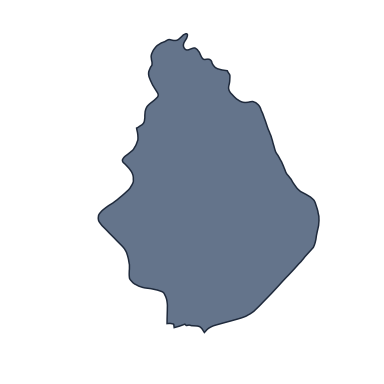 Thuy Nguyen, Hải Phòng, Vietnam (Natural Earth projection), rotated 45°
{"feature_id": "81297802B48433290328639", "entity_name": "Thuy Nguyen", "entity_type": "district", "adm_level": 2, "iso_a3": "VNM", "parent_name": "Vietnam", "parent_adm1": "Hải Phòng", "projection": "natural_earth1", "projection_center": [106.641, 20.943], "detail": "fine", "context": "isolated", "style": "filled", "palette": "slate", "viewbox_px": 384, "rotation_deg": 45, "n_neighbors": 0, "source": "geoboundaries", "source_scale": "gbopen_adm2", "svg_char_len": 5856}
<svg xmlns="http://www.w3.org/2000/svg" viewBox="0 0 384 384"><g transform="rotate(45 192 192)"><path d="M142.1,264.1L141.7,267.4L141.6,269.3L141.7,270.6L141.8,272.0L142.0,273.2L142.4,274.5L143.3,275.7L144.2,276.8L145.2,277.6L145.6,277.9L146.5,278.4L147.9,278.8L149.8,279.1L152.2,279.4L155.4,279.4L158.8,279.4L162.2,279.5L165.2,279.5L169.2,279.5L173.4,279.6L177.8,279.6L180.2,279.6L182.5,279.7L184.4,279.9L187.4,280.7L188.8,281.2L189.9,281.8L191.3,282.5L192.5,283.2L193.2,283.6L194.5,284.4L197.9,286.8L199.2,287.7L202.3,290.8L203.2,291.9L203.5,292.2L205.1,293.9L206.2,295.0L207.2,295.9L208.3,296.8L208.8,297.2L209.6,297.5L210.8,297.7L212.2,297.8L214.5,297.9L216.5,297.6L217.9,297.1L220.9,296.2L224.5,294.4L226.4,293.2L231.3,289.4L236.9,285.8L239.9,284.3L241.7,283.5L243.2,283.3L244.2,283.5L247.4,284.6L249.5,285.6L251.1,286.6L253.2,288.2L254.7,289.5L258.2,293.1L263.7,298.9L267.4,302.7L268.7,301.2L269.7,300.2L271.6,298.9L272.4,298.5L272.7,298.5L275.3,300.5L278.0,295.7L280.4,290.5L281.6,290.5L282.4,290.4L282.9,289.8L283.6,288.7L284.6,287.7L286.0,287.0L287.7,285.5L288.8,284.5L290.8,282.8L292.6,281.8L294.3,281.6L296.1,281.7L300.1,282.6L300.0,280.3L299.9,278.7L300.0,277.4L300.2,276.2L300.5,275.0L301.1,273.1L301.7,271.6L302.3,270.4L303.4,268.4L307.7,260.8L310.3,256.3L314.4,249.0L316.0,246.0L317.4,243.0L318.1,241.3L318.6,239.3L319.3,237.0L319.5,235.9L319.9,233.8L320.1,232.3L320.1,230.8L320.2,224.9L320.1,219.9L320.0,212.6L319.9,207.4L319.7,202.1L319.5,196.8L319.2,191.2L319.1,188.3L319.0,185.0L319.0,183.1L318.7,173.9L318.3,167.5L318.3,165.7L318.3,164.0L318.1,162.4L318.0,160.8L317.6,157.9L317.5,155.9L317.3,151.4L317.2,148.9L317.1,147.5L317.0,145.4L316.0,142.9L314.8,140.6L313.1,137.9L310.7,134.7L308.6,131.5L305.3,126.3L302.0,122.4L298.8,119.4L295.8,117.5L294.6,116.6L292.5,115.4L287.0,112.6L285.8,112.1L284.1,111.6L282.0,111.6L279.3,111.8L274.5,113.0L271.6,113.9L268.4,114.9L265.3,115.1L263.6,115.1L259.8,114.5L256.5,113.9L253.0,112.9L250.0,112.6L249.7,112.5L248.5,112.4L246.6,112.3L244.3,111.7L243.5,111.3L241.3,110.3L240.0,109.8L238.7,109.2L236.7,108.4L235.4,107.9L234.2,107.4L233.1,107.1L231.5,106.7L229.6,106.1L227.8,105.6L227.1,105.4L226.0,105.2L224.7,105.0L223.5,104.7L222.6,104.4L222.0,104.1L220.8,103.5L219.7,102.9L217.6,101.7L216.3,101.0L214.3,99.9L212.5,98.8L210.4,97.7L208.6,96.7L207.0,96.0L205.9,95.6L204.2,94.8L202.9,94.3L201.4,93.7L199.5,92.8L198.3,92.2L195.9,91.0L193.5,89.8L192.2,89.2L190.8,88.6L189.0,87.7L186.4,86.5L184.5,85.8L182.9,85.2L181.8,84.6L180.8,84.2L179.6,83.8L178.4,83.6L177.5,83.5L176.7,83.5L175.5,83.6L174.2,83.7L173.3,84.0L172.7,84.3L171.7,84.7L171.1,85.0L170.6,85.4L170.0,86.2L169.2,87.3L168.6,88.3L167.7,89.5L166.5,90.9L165.5,91.8L164.7,92.4L163.5,93.1L162.0,93.7L160.6,94.1L159.0,94.4L157.8,94.7L155.4,94.8L153.8,94.8L151.4,94.7L150.7,94.7L149.8,94.7L148.7,94.6L147.2,94.2L146.5,94.0L146.0,93.7L144.8,93.0L144.3,92.6L143.9,92.1L143.2,91.3L142.5,90.2L141.7,88.9L140.8,87.6L139.8,86.4L137.6,84.0L136.7,83.1L136.2,82.7L135.6,82.4L135.1,82.2L134.2,82.2L133.7,82.0L133.2,81.9L132.7,81.8L132.1,81.6L131.2,81.3L128.4,83.4L126.9,84.5L125.0,85.6L122.7,86.9L121.7,87.1L120.8,87.5L120.2,87.5L119.2,87.5L118.1,87.4L116.8,87.2L115.7,86.9L114.7,86.5L113.7,85.9L112.6,85.6L111.7,85.6L110.7,85.8L109.4,86.7L108.6,87.6L107.8,88.7L106.9,89.7L106.1,90.1L104.5,90.1L103.1,89.8L101.7,89.3L100.6,88.9L100.2,88.8L100.0,88.7L99.7,88.5L99.3,88.4L98.2,88.0L97.0,87.9L95.1,87.6L94.2,87.7L93.6,87.8L92.9,87.9L92.3,88.1L91.8,88.5L91.2,89.3L90.7,90.2L89.9,91.9L88.9,94.1L88.6,94.5L88.1,95.0L87.6,95.5L87.0,95.7L86.3,95.9L86.0,95.9L85.6,95.8L85.1,95.8L84.7,95.7L84.2,95.6L83.9,95.5L83.5,95.3L83.1,95.1L82.7,94.8L82.3,94.5L81.9,94.0L81.6,93.7L81.4,93.3L81.1,92.8L80.8,92.2L80.6,91.8L80.5,91.2L80.3,90.6L80.1,89.6L79.9,88.8L79.7,88.0L79.6,87.5L79.4,86.9L79.2,86.5L78.9,85.9L78.6,85.3L78.3,84.9L78.0,84.5L77.8,84.2L77.4,83.9L77.0,83.8L76.7,83.8L76.3,83.9L76.1,84.1L75.8,84.3L75.6,84.8L75.4,85.3L75.1,86.2L74.8,87.0L74.8,87.7L74.8,89.7L74.7,91.4L74.6,93.3L74.3,94.8L74.0,95.4L73.4,96.3L72.8,96.9L72.2,97.5L71.4,98.2L70.4,98.8L69.8,99.2L69.1,99.6L68.6,99.9L68.0,100.4L67.5,101.2L67.2,101.9L66.9,102.9L66.7,103.7L66.6,104.3L66.4,104.9L65.9,106.0L65.4,107.2L65.0,108.0L64.7,108.9L64.4,110.5L64.1,111.8L63.9,112.6L63.8,113.6L63.8,114.5L63.9,115.7L64.1,117.3L64.4,119.0L64.7,120.0L64.9,120.5L65.6,122.4L66.3,123.8L67.2,125.0L67.9,125.6L68.8,126.3L69.9,127.2L71.1,127.9L72.2,128.7L73.1,129.6L73.8,130.4L74.1,131.0L74.2,131.6L74.3,132.4L74.5,133.2L75.0,134.4L75.8,136.4L76.4,137.6L77.2,138.6L78.1,139.5L78.7,139.9L79.8,140.7L80.8,141.2L82.2,141.8L83.3,142.3L86.3,143.4L88.9,144.3L90.0,144.5L91.9,145.0L94.2,145.5L97.7,146.3L98.5,146.6L99.1,147.0L99.6,147.4L100.0,147.9L100.4,148.8L100.5,149.4L100.5,150.1L100.5,151.2L100.4,153.8L100.3,154.7L100.1,156.4L99.9,157.8L99.7,160.2L99.7,161.1L99.7,162.1L99.8,163.4L100.1,164.3L100.3,165.0L100.7,166.0L101.4,167.3L102.1,168.4L102.8,169.2L103.3,169.8L104.5,171.2L106.1,172.8L107.4,174.5L108.1,175.4L108.6,176.3L109.0,177.5L109.1,178.1L109.1,179.1L109.1,179.9L108.7,181.4L108.4,182.8L108.2,184.2L108.0,185.0L107.7,185.6L107.6,186.0L109.2,187.1L111.4,188.5L113.4,190.0L115.5,191.9L116.6,193.1L117.1,193.7L117.5,194.8L118.0,195.7L118.5,196.9L119.0,197.8L119.2,198.7L119.6,199.6L119.7,200.5L120.1,201.9L120.4,203.0L120.5,203.8L120.5,205.0L120.3,206.5L120.3,207.2L119.9,210.7L119.5,213.4L119.4,214.3L119.4,215.4L119.5,216.3L119.8,217.7L120.1,218.5L120.6,219.0L121.3,219.4L122.1,219.7L123.5,219.7L124.7,219.6L128.7,219.7L130.9,219.8L133.5,220.2L135.0,220.5L136.5,221.0L138.6,222.0L140.2,223.2L141.5,224.5L142.8,225.7L143.4,226.5L144.0,227.9L144.3,228.8L144.6,229.8L144.9,231.2L145.2,232.3L145.4,233.1L145.5,234.1L145.6,235.2L145.5,237.5L145.4,240.1L145.1,244.6L144.9,246.5L144.8,247.7L144.6,250.3L144.3,252.3L143.8,255.9L142.9,259.6L142.5,261.5L142.1,264.1Z" fill="#64748b" stroke="#1e293b" stroke-width="1.5"/></g></svg>